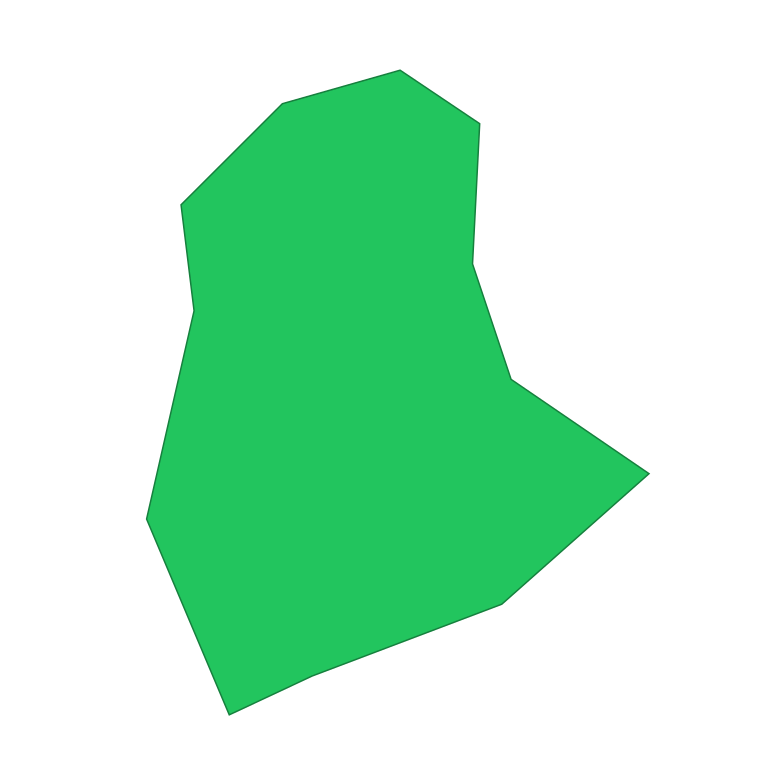 SVG path tracing the border of Salford, rotated 263°
{"feature_id": "GBR-5676", "entity_name": "Salford", "entity_type": "Metropolitan Borough", "adm_level": 1, "iso_a3": "GBR", "parent_name": "United Kingdom", "parent_adm1": "", "projection": "natural_earth1", "projection_center": [-2.406, 53.486], "detail": "fine", "context": "isolated", "style": "filled", "palette": "green", "viewbox_px": 768, "rotation_deg": 263, "n_neighbors": 0, "source": "natural_earth", "source_scale": "10m", "svg_char_len": 326}
<svg xmlns="http://www.w3.org/2000/svg" viewBox="0 0 768 768"><g transform="rotate(263 384 384)"><path d="M151.1,474.1L102.9,277.0L74.5,190.1L278.9,131.9L479.8,204.4L586.6,204.4L674.6,317.3L693.5,438.2L630.7,510.7L492.4,486.5L373.1,510.7L262.7,636.1L151.1,474.1Z" fill="#22c55e" stroke="#15803d" stroke-width="1.5"/></g></svg>